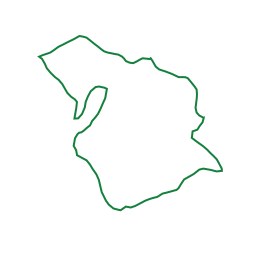 outline of Shamkir District, Şəmkir, Azerbaijan, rotated 280°
{"feature_id": "54616110B57585842497805", "entity_name": "Shamkir District", "entity_type": "district", "adm_level": 2, "iso_a3": "AZE", "parent_name": "Azerbaijan", "parent_adm1": "Şəmkir", "projection": "mercator", "projection_center": [46.075, 40.851], "detail": "fine", "context": "isolated", "style": "outline", "palette": "green", "viewbox_px": 256, "rotation_deg": 280, "n_neighbors": 0, "source": "geoboundaries", "source_scale": "gbopen_adm2", "svg_char_len": 1832}
<svg xmlns="http://www.w3.org/2000/svg" viewBox="0 0 256 256"><g transform="rotate(280 128 128)"><path d="M182.8,28.1L181.1,31.4L176.6,35.1L172.8,37.6L169.1,42.0L165.6,47.0L163.4,51.3L159.9,55.6L152.1,62.1L148.9,66.5L147.0,70.7L144.8,73.2L138.5,73.6L133.6,73.6L128.0,73.6L128.3,74.9L128.8,77.2L133.8,80.3L140.9,81.9L146.3,81.8L151.9,83.0L157.7,84.9L162.7,89.0L163.8,92.2L163.6,97.8L162.9,100.4L153.4,100.4L147.6,98.9L141.7,97.5L136.7,96.0L133.0,94.1L128.6,91.4L124.0,90.2L120.8,87.3L117.9,85.1L115.7,82.9L114.8,80.6L113.1,79.3L108.7,77.6L101.0,77.6L97.1,80.8L92.8,82.4L92.4,82.5L91.4,85.5L90.3,88.7L89.0,92.8L85.6,96.7L81.5,100.3L76.9,104.9L71.8,108.3L60.4,113.2L52.6,118.9L49.2,122.4L46.2,127.7L45.8,132.8L45.8,135.1L50.2,139.5L50.2,144.6L51.1,146.1L52.3,148.4L56.3,153.6L59.4,157.6L61.6,161.2L63.2,164.3L65.3,168.9L69.4,173.4L71.0,177.1L73.2,181.8L75.5,186.6L77.5,188.2L82.6,190.2L87.1,192.2L92.1,198.3L94.2,200.8L99.4,205.4L101.1,209.3L101.1,212.4L101.1,216.8L100.6,222.7L102.1,227.9L104.4,227.3L109.3,223.5L112.5,220.9L115.2,217.2L117.9,213.1L120.3,209.9L123.2,205.0L125.2,200.8L126.6,197.9L128.3,194.6L129.4,192.5L131.0,192.5L135.9,192.2L138.4,196.6L142.6,198.3L146.5,200.4L150.9,200.8L151.3,200.8L151.2,200.6L152.7,196.0L155.1,192.9L159.6,191.0L164.2,190.8L169.8,190.5L173.5,190.0L177.8,188.9L180.5,186.3L184.0,182.3L187.4,178.3L188.0,175.6L187.2,170.9L186.9,169.0L188.9,161.8L190.1,155.5L191.1,148.5L193.3,144.6L198.4,140.4L200.6,138.2L199.7,137.4L199.2,130.3L197.1,127.4L195.3,125.4L192.8,121.9L192.6,118.4L193.5,114.4L196.0,111.7L197.4,109.5L198.6,105.7L198.6,101.7L198.8,94.3L199.4,91.0L201.5,86.9L203.3,83.7L205.0,80.3L207.8,75.3L209.8,71.4L210.2,67.4L210.1,64.1L205.9,59.0L202.3,54.0L198.8,49.4L195.7,45.2L192.1,41.8L188.9,38.5L186.9,35.0L185.1,31.6L182.8,28.1Z" fill="none" stroke="#15803d" stroke-width="2"/></g></svg>